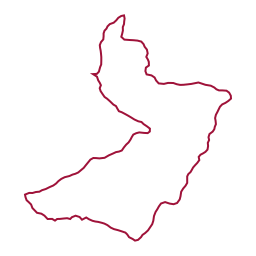 outline of Matutina, Minas Gerais, Brazil, rotated 270°
{"feature_id": "56859067B65978076435942", "entity_name": "Matutina", "entity_type": "district", "adm_level": 2, "iso_a3": "BRA", "parent_name": "Brazil", "parent_adm1": "Minas Gerais", "projection": "natural_earth1", "projection_center": [-45.985, -19.184], "detail": "fine", "context": "isolated", "style": "outline", "palette": "rose", "viewbox_px": 256, "rotation_deg": 270, "n_neighbors": 0, "source": "geoboundaries", "source_scale": "gbopen_adm2", "svg_char_len": 2782}
<svg xmlns="http://www.w3.org/2000/svg" viewBox="0 0 256 256"><g transform="rotate(270 128 128)"><path d="M35.4,55.0L37.0,57.1L37.1,60.1L37.5,63.8L37.8,67.1L37.0,70.2L38.8,71.9L40.3,75.6L39.0,79.6L36.3,82.0L38.5,86.2L36.7,89.1L35.2,92.5L34.5,95.3L34.1,98.2L33.2,101.8L32.4,104.4L30.9,107.4L28.4,110.7L26.9,113.9L25.9,117.8L24.7,121.6L23.4,125.4L21.6,127.2L18.8,129.1L17.0,132.7L15.4,135.0L16.1,138.0L18.8,141.0L21.1,142.5L23.0,145.2L25.6,148.0L28.7,150.1L31.8,152.2L35.2,153.3L40.0,154.0L44.1,155.6L46.9,157.4L49.6,158.9L52.5,161.0L53.9,165.1L52.4,169.7L51.8,173.6L53.0,177.1L56.6,179.7L59.7,180.5L64.3,181.2L67.5,183.2L70.2,185.5L73.1,187.2L77.0,187.2L79.6,187.2L81.9,188.3L83.9,190.5L86.1,191.8L88.5,193.1L90.8,195.1L93.0,197.2L95.9,199.3L99.1,198.7L101.3,200.5L102.6,203.0L104.1,205.4L106.4,207.5L110.0,208.1L113.1,207.8L116.0,209.1L118.8,208.5L122.0,209.5L124.4,212.7L126.8,214.3L129.2,214.8L131.8,215.9L135.1,215.6L137.9,215.1L141.2,215.9L144.0,217.4L146.7,218.7L149.3,220.0L151.6,222.2L153.1,225.4L155.1,228.4L157.4,231.0L160.3,230.8L163.4,229.1L165.3,226.5L165.6,222.3L165.6,219.0L166.7,216.4L168.5,214.3L170.3,210.8L171.2,205.4L172.6,201.2L173.5,198.4L172.9,195.4L172.1,191.4L171.6,187.2L171.2,183.3L171.1,180.1L171.8,176.7L173.0,173.3L173.1,168.1L172.1,163.9L172.6,158.7L175.5,156.1L178.5,154.6L180.6,151.5L181.6,146.6L184.9,145.4L188.4,145.9L190.5,148.9L194.1,148.8L196.4,147.9L199.1,146.3L202.6,147.7L206.4,146.9L209.3,144.6L211.8,143.6L214.4,141.3L215.4,137.5L215.8,133.3L216.0,129.5L216.4,124.3L219.2,121.3L221.9,122.1L225.5,122.9L228.9,122.8L231.9,124.0L234.6,124.2L237.5,124.6L240.6,124.0L240.0,121.2L238.2,118.3L235.6,116.2L233.3,113.7L231.9,109.8L229.6,107.5L227.4,106.5L225.3,104.5L222.6,103.6L219.8,103.6L216.6,103.3L213.9,101.0L210.9,99.8L208.1,100.1L205.1,100.7L202.4,101.0L199.0,101.3L195.4,101.3L191.5,101.2L188.8,100.1L184.3,98.9L182.1,96.8L181.9,93.0L179.3,97.0L175.7,98.2L173.3,99.7L170.8,100.9L167.8,99.7L164.9,100.6L161.9,102.6L159.0,104.6L157.3,107.1L154.6,110.1L151.4,113.4L149.9,116.0L147.3,117.4L144.8,118.9L143.8,121.7L142.0,125.1L140.4,128.0L138.7,130.9L136.5,134.4L134.7,138.3L134.0,141.5L131.9,143.6L129.7,146.9L127.4,149.9L124.5,149.8L122.9,147.7L123.1,143.9L123.6,139.3L122.8,136.2L121.4,133.3L118.8,131.7L116.6,130.6L113.6,128.6L111.4,126.2L108.7,124.0L105.5,121.8L104.4,118.9L103.9,116.0L102.4,112.8L100.7,108.9L98.2,104.6L97.6,99.4L97.9,96.3L98.0,93.3L96.4,90.4L93.7,88.2L90.9,85.9L88.1,83.7L86.1,81.3L83.5,78.2L82.2,75.3L81.4,72.5L80.0,69.5L78.8,64.7L77.1,61.3L74.9,58.4L72.5,56.1L70.5,53.3L68.9,49.6L67.0,45.8L65.8,42.0L64.3,39.4L64.0,35.9L63.0,32.5L63.1,29.2L61.4,25.0L58.9,25.5L55.8,26.6L53.9,28.7L51.5,31.1L48.0,32.4L43.2,37.0L42.3,41.4L40.4,44.4L37.0,47.6L37.1,52.1L35.4,55.0Z" fill="none" stroke="#9f1239" stroke-width="2"/></g></svg>